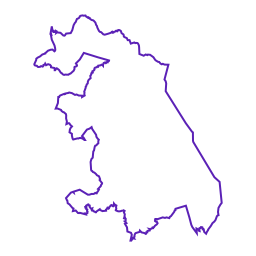 Vicente Guerrero, Puebla, Mexico (Natural Earth projection)
{"feature_id": "50627088B56083749221896", "entity_name": "Vicente Guerrero", "entity_type": "district", "adm_level": 2, "iso_a3": "MEX", "parent_name": "Mexico", "parent_adm1": "Puebla", "projection": "natural_earth1", "projection_center": [-97.21, 18.536], "detail": "fine", "context": "isolated", "style": "outline", "palette": "violet", "viewbox_px": 256, "rotation_deg": 0, "n_neighbors": 0, "source": "geoboundaries", "source_scale": "gbopen_adm2", "svg_char_len": 5587}
<svg xmlns="http://www.w3.org/2000/svg" viewBox="0 0 256 256"><path d="M46.1,65.2L48.1,64.2L50.0,64.8L51.0,66.0L51.0,67.3L54.4,68.0L54.7,68.6L54.7,70.2L55.2,70.2L56.5,68.3L57.0,68.4L59.0,69.9L60.8,72.7L61.8,73.2L62.6,74.2L63.5,74.7L64.2,74.9L65.1,74.6L68.5,74.7L69.4,73.9L70.5,73.6L73.7,70.7L74.5,69.0L74.4,67.6L74.6,66.9L76.2,66.4L77.0,65.7L76.9,65.0L75.9,63.4L79.8,59.5L83.8,52.9L97.9,57.3L109.9,60.7L108.7,60.7L108.3,61.5L107.5,61.7L107.5,62.3L106.4,62.2L106.2,62.9L105.8,63.2L104.8,62.5L103.7,63.0L103.6,63.7L103.0,64.3L103.0,65.7L102.0,64.6L101.5,64.7L100.6,65.3L98.2,65.7L98.1,66.8L97.0,66.8L96.7,67.3L95.2,67.6L94.6,68.1L94.3,69.1L94.5,69.6L93.8,70.5L92.4,71.3L92.7,72.3L92.1,72.3L91.6,72.9L91.8,73.2L91.3,73.6L91.4,74.0L90.9,75.1L90.3,75.8L90.6,78.2L88.7,79.8L87.9,81.4L87.7,83.5L86.7,84.4L86.3,86.0L85.7,86.7L85.7,87.7L84.2,91.8L84.5,92.5L84.3,94.2L84.7,95.5L82.1,97.0L82.2,95.7L78.7,95.5L76.6,94.5L75.0,94.9L71.9,93.1L69.1,92.5L68.5,92.9L65.4,93.5L65.3,93.8L64.9,93.7L64.5,94.2L63.8,94.0L60.4,95.4L59.7,95.8L59.2,97.0L58.3,97.0L57.9,103.1L55.7,108.6L57.5,108.5L61.0,109.9L61.6,111.0L63.1,112.1L63.8,112.2L65.9,114.0L66.2,115.3L66.1,118.4L66.9,121.5L66.4,124.1L68.4,123.2L69.3,123.3L70.5,125.1L72.0,126.4L70.5,128.1L69.9,129.5L69.5,132.3L71.9,133.8L71.9,135.6L72.6,138.7L73.2,139.5L77.4,138.4L78.5,138.5L79.4,138.0L80.5,138.0L82.5,138.5L84.5,140.0L85.0,140.0L83.6,137.7L82.0,136.1L86.9,129.6L89.6,128.6L91.6,127.1L92.2,129.0L96.1,134.8L96.4,136.8L97.7,138.7L98.8,139.7L98.3,141.0L98.3,143.4L97.3,144.1L96.4,145.3L95.2,145.7L94.7,146.9L94.0,150.5L93.3,151.4L92.7,157.7L91.4,159.1L90.8,161.2L90.6,162.0L91.1,169.8L91.5,170.7L92.3,171.1L92.9,172.0L94.4,172.6L96.0,174.0L96.9,175.2L99.0,176.3L100.1,179.2L99.6,180.0L102.1,183.1L102.0,183.7L100.9,185.3L100.8,186.1L98.0,189.0L98.9,189.6L97.7,191.7L96.8,192.5L96.7,194.1L96.4,193.3L95.2,192.9L94.2,193.7L93.2,194.0L91.7,193.9L89.3,194.7L87.9,194.7L79.7,189.7L73.4,191.7L73.6,192.5L72.9,191.9L70.9,192.6L66.0,198.1L66.9,200.2L67.3,200.5L67.7,203.2L69.5,204.4L72.4,207.9L73.5,208.5L72.9,211.1L75.7,210.5L78.0,213.0L79.2,213.1L79.8,212.8L85.7,214.4L85.2,213.4L87.1,213.4L87.5,212.9L87.3,211.9L87.5,211.6L87.0,211.0L87.3,209.6L86.3,209.1L86.5,208.1L86.1,207.7L85.5,207.8L85.2,206.9L86.4,206.4L86.2,205.6L88.1,204.4L88.4,204.4L88.8,205.3L89.6,205.4L89.8,205.9L89.6,206.8L90.8,208.5L91.4,208.7L92.2,208.4L91.7,209.9L91.9,210.5L93.4,210.6L93.6,211.3L95.7,212.2L95.9,213.0L96.2,211.7L99.8,209.2L100.2,210.1L101.6,210.6L102.3,211.1L106.1,210.7L106.0,209.6L106.7,209.1L107.4,207.8L108.4,208.7L108.9,208.4L108.6,207.7L110.4,206.2L110.5,205.6L110.9,205.3L111.8,205.0L112.8,206.2L113.4,206.3L113.9,205.9L114.0,203.6L114.8,204.6L116.4,205.5L116.0,207.0L116.3,208.7L115.7,210.1L116.1,210.5L118.1,211.3L120.1,211.3L122.0,210.7L123.1,210.7L123.6,210.3L124.6,210.9L123.9,212.4L124.8,214.3L124.5,216.3L124.9,217.2L124.3,217.4L124.0,218.3L125.7,218.9L125.6,221.2L124.8,221.4L126.4,223.1L124.9,223.8L127.0,227.3L127.4,231.5L131.0,232.8L131.8,234.7L130.5,240.6L131.3,240.6L132.2,239.2L132.5,237.7L133.0,237.7L133.4,238.5L134.2,238.6L133.7,237.9L133.9,237.3L134.5,236.8L134.5,235.2L135.2,233.5L135.9,233.0L139.6,231.9L139.9,230.6L141.6,232.4L144.3,233.0L145.8,233.9L146.1,233.7L146.4,232.2L147.3,232.3L147.5,230.9L149.7,230.5L149.8,229.3L149.5,229.0L150.0,229.1L150.2,229.5L151.5,228.4L153.0,228.2L152.8,227.4L154.0,227.1L155.0,225.7L156.8,224.4L157.6,223.2L156.7,221.5L156.0,221.7L155.1,221.1L155.3,220.3L155.0,220.0L155.3,219.0L157.0,219.0L157.5,219.2L162.7,217.4L165.0,217.9L166.5,217.4L169.3,218.1L169.9,216.8L171.0,216.1L174.2,211.8L174.7,210.4L175.4,210.2L175.5,208.8L185.9,205.7L189.4,217.5L191.3,224.8L192.3,227.0L196.8,233.2L196.5,228.5L198.2,229.4L199.2,231.0L199.6,231.1L199.2,228.9L199.5,228.1L200.5,228.1L200.9,227.1L201.5,227.1L202.3,227.3L202.7,229.2L203.4,228.9L203.7,229.2L204.2,231.9L206.1,233.7L207.0,231.7L208.1,230.1L208.1,229.6L210.8,226.0L212.5,223.1L214.3,221.6L215.5,220.0L216.9,216.2L217.7,215.4L218.5,215.2L218.0,212.0L218.5,207.9L220.4,204.6L221.7,202.9L219.6,181.9L214.4,177.2L193.3,142.0L193.0,140.8L192.9,132.4L192.0,131.7L185.8,123.2L165.7,91.2L166.2,83.5L165.7,81.3L164.5,79.5L168.4,64.7L164.5,64.6L162.8,63.8L161.8,64.3L161.3,64.0L160.5,63.6L159.2,62.0L158.0,61.8L155.9,60.5L155.2,59.9L153.4,57.2L150.1,54.8L147.8,54.6L147.3,55.1L145.7,54.5L143.7,55.7L139.4,54.0L139.1,47.1L138.9,45.4L138.0,43.5L137.3,43.0L135.9,42.9L135.2,43.1L134.3,42.5L130.8,43.6L129.5,40.1L127.7,40.1L126.8,38.1L124.3,37.0L123.8,36.4L123.7,35.0L123.4,34.4L121.6,33.2L120.8,30.9L119.5,30.1L118.2,30.0L117.4,31.3L117.0,31.3L116.3,30.7L115.9,30.8L115.1,31.6L114.3,31.8L113.5,32.6L112.9,32.7L112.7,31.8L112.4,31.6L111.7,31.9L111.1,32.7L108.2,33.7L104.7,34.7L103.3,34.3L101.2,32.2L99.8,31.8L98.9,30.8L97.3,27.5L97.0,26.1L96.1,24.8L95.4,22.6L94.0,21.0L93.3,20.4L91.5,19.9L89.5,18.5L89.7,18.1L88.7,17.5L88.7,18.1L88.3,18.0L86.1,16.5L85.5,15.5L83.5,15.7L82.7,15.4L80.8,15.7L79.8,16.3L79.6,17.1L78.7,18.2L76.9,19.0L75.7,22.0L74.8,23.0L73.6,25.2L72.3,30.1L70.7,33.1L66.1,33.6L64.9,35.4L64.3,35.7L63.2,35.4L60.5,32.8L57.0,32.4L56.3,32.9L56.7,31.4L55.5,30.7L55.1,31.6L54.5,31.4L54.4,32.0L53.4,32.0L52.7,31.0L53.0,30.5L52.4,29.8L51.8,26.4L50.5,33.7L51.0,33.7L51.1,34.9L51.3,34.7L51.5,35.3L51.0,35.5L51.8,39.7L54.5,45.5L55.1,48.1L55.3,50.0L55.0,50.8L54.4,51.3L52.6,49.6L50.8,49.7L48.0,50.7L45.6,52.9L45.3,52.3L45.3,53.5L42.3,54.5L40.1,56.4L37.7,57.6L36.3,58.7L36.2,60.0L34.3,64.2L34.5,64.9L35.1,65.5L36.9,65.8L37.7,66.8L38.4,67.0L40.1,66.8L41.1,66.1L42.7,66.6L43.4,65.8L43.5,64.9L44.7,64.7L45.2,63.6L46.1,65.2Z" fill="none" stroke="#5b21b6" stroke-width="2"/></svg>